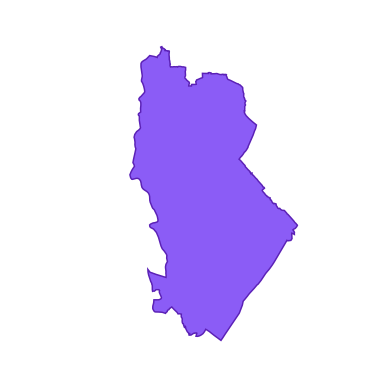 Valeni, Neamt, Romania (Albers equal-area conic projection), rotated 229°
{"feature_id": "2599482B70512380232271", "entity_name": "Valeni", "entity_type": "district", "adm_level": 2, "iso_a3": "ROU", "parent_name": "Romania", "parent_adm1": "Neamt", "projection": "albers", "projection_center": [26.711, 47.039], "detail": "fine", "context": "isolated", "style": "filled", "palette": "violet", "viewbox_px": 384, "rotation_deg": 229, "n_neighbors": 0, "source": "geoboundaries", "source_scale": "gbopen_adm2", "svg_char_len": 5978}
<svg xmlns="http://www.w3.org/2000/svg" viewBox="0 0 384 384"><g transform="rotate(229 192 192)"><path d="M200.3,284.6L205.5,283.7L210.2,283.1L214.1,282.9L217.0,283.4L217.8,283.8L217.9,284.2L218.8,284.5L218.5,284.9L218.6,285.2L219.5,285.7L220.6,286.8L221.8,287.7L222.0,288.0L222.6,289.5L223.6,289.7L224.8,290.8L225.3,292.3L225.8,292.5L226.4,292.3L227.0,292.3L227.7,292.9L228.1,292.9L228.8,293.3L229.8,293.4L231.5,294.8L232.0,295.5L233.4,296.0L235.9,297.4L237.3,298.6L237.9,298.8L241.3,298.5L242.3,297.9L243.1,297.9L244.6,296.9L251.1,294.2L253.4,293.0L254.4,293.1L255.7,293.7L257.5,294.3L257.8,294.4L258.0,294.9L258.6,294.7L258.8,294.0L259.4,293.6L259.2,293.5L259.4,293.0L260.8,292.3L261.1,291.9L261.1,291.5L262.0,290.5L262.7,289.9L265.1,288.5L266.5,286.6L268.7,283.9L269.0,284.0L269.2,284.5L269.4,284.5L270.8,283.4L271.3,282.6L271.3,282.2L270.8,282.0L274.7,277.7L271.5,275.1L271.5,274.6L272.1,273.4L273.0,270.5L273.5,269.2L273.5,268.9L273.1,268.3L272.9,267.3L270.5,265.9L270.7,265.5L272.2,263.7L273.3,262.5L273.4,262.2L272.4,261.2L274.2,259.1L274.9,259.8L275.7,261.4L276.9,261.9L279.7,261.4L281.1,261.5L282.4,261.4L283.0,261.6L283.7,262.4L283.9,263.2L284.5,263.8L287.4,266.0L288.2,267.2L290.2,268.9L292.0,267.7L292.4,267.1L294.6,265.4L295.6,264.2L295.7,263.2L296.4,263.0L297.0,262.0L298.4,260.6L299.3,259.2L300.2,258.4L300.3,257.9L300.6,257.8L301.9,258.4L302.5,258.8L302.6,259.4L303.1,259.7L303.4,259.7L305.4,261.1L307.0,261.9L308.1,262.9L310.8,264.8L313.0,267.1L313.7,267.2L314.2,266.1L314.7,266.1L316.5,264.4L317.0,265.2L317.5,265.0L318.2,265.0L319.4,264.6L320.0,264.2L321.5,264.6L321.9,263.6L321.9,263.4L319.5,262.7L319.4,262.5L319.4,262.3L319.2,262.1L318.3,260.7L317.8,259.3L317.2,258.8L317.1,254.8L316.4,254.0L318.8,252.6L322.7,249.6L322.3,244.9L323.0,240.8L323.0,239.1L322.4,237.8L321.2,236.7L319.8,235.5L312.6,230.9L311.8,230.2L309.6,227.3L308.8,226.6L306.4,226.1L303.6,225.0L300.9,223.6L298.9,222.3L298.3,221.4L297.6,216.2L297.7,214.9L297.4,213.6L297.2,213.1L296.2,212.4L295.6,212.6L294.2,212.5L293.0,212.0L291.2,210.5L288.8,208.0L286.0,205.7L286.2,203.1L285.8,202.4L285.1,202.0L284.3,202.1L283.3,201.6L280.7,199.3L274.2,195.2L273.9,194.4L273.7,192.7L273.9,189.9L273.0,186.6L271.3,184.2L269.8,183.5L267.0,181.7L265.2,180.0L263.4,178.8L261.5,178.0L259.2,175.0L255.0,169.3L252.9,166.7L250.7,166.2L249.9,165.8L249.0,165.2L248.9,164.4L248.1,161.6L247.1,159.1L245.7,156.4L243.9,155.5L242.9,155.0L241.2,154.9L240.6,155.4L239.0,158.6L238.4,159.5L237.1,160.5L235.8,160.6L234.3,160.5L232.2,159.5L230.6,158.4L228.4,157.3L226.8,157.1L225.3,157.3L221.7,158.3L219.8,158.4L217.9,157.9L216.3,157.0L213.4,154.7L211.8,153.8L206.7,152.0L205.5,151.7L203.4,151.9L197.2,150.2L195.4,149.3L193.2,148.0L192.3,147.0L192.3,145.8L193.3,143.7L194.2,142.3L195.0,139.6L194.9,138.4L193.5,137.5L192.5,137.4L189.2,138.7L184.8,138.6L179.8,137.0L171.6,133.2L169.8,132.6L168.5,132.3L165.6,132.3L162.0,131.9L160.6,131.4L158.7,129.5L155.6,127.8L154.5,124.9L153.1,123.1L152.2,122.3L149.2,120.3L147.6,118.8L146.1,117.8L144.6,116.3L153.9,110.5L154.4,110.3L156.1,109.3L157.1,108.8L158.5,107.9L159.3,107.7L162.5,107.9L160.3,106.2L157.8,104.8L151.6,102.2L149.6,101.7L148.6,101.1L147.5,100.7L144.2,97.9L142.9,97.1L142.7,97.6L141.9,98.5L141.8,99.8L141.9,100.8L140.0,102.9L139.0,102.9L138.7,102.4L137.5,101.4L133.4,100.1L132.3,99.6L132.0,99.2L131.8,98.6L131.9,97.8L132.2,96.8L132.7,95.9L135.6,92.5L134.3,91.2L133.3,90.1L131.6,87.6L130.0,86.1L129.3,85.7L126.9,85.2L126.2,85.3L125.6,85.6L123.2,88.2L121.2,90.2L120.3,90.9L117.8,92.4L118.1,92.9L118.0,93.2L118.0,94.8L118.7,95.8L118.7,96.2L118.4,97.4L118.4,97.6L118.7,98.1L118.7,99.4L118.5,101.3L115.4,101.4L110.9,101.8L109.1,101.5L108.4,102.6L106.8,103.8L105.5,102.5L104.7,101.9L103.7,101.8L102.6,101.4L101.2,100.0L100.1,99.2L98.9,98.7L98.2,99.0L96.9,98.3L94.9,97.5L94.6,97.5L94.4,97.8L95.2,98.1L95.4,98.4L95.3,98.7L95.0,98.8L94.5,98.7L93.5,97.9L92.4,97.5L89.7,96.8L88.0,96.9L87.1,96.5L86.9,97.2L86.7,97.4L86.4,97.2L86.3,96.9L86.4,96.6L85.8,96.0L84.7,97.4L84.3,100.4L84.0,100.9L84.0,101.2L83.6,101.5L83.1,102.4L82.5,103.0L81.9,102.7L81.7,102.1L80.5,100.4L79.5,101.4L78.7,102.9L78.2,104.5L78.0,106.0L77.9,107.4L78.4,109.8L79.4,112.3L75.5,113.5L69.1,114.7L61.0,116.5L61.9,120.0L63.0,123.8L69.5,148.1L69.8,148.7L73.6,155.8L75.9,158.8L76.1,159.4L76.3,161.1L77.1,165.7L77.5,167.4L77.8,169.3L78.5,175.7L79.2,180.0L79.1,181.5L79.3,182.5L80.0,186.1L82.2,194.1L82.6,196.5L83.2,200.3L84.3,204.9L85.3,208.3L93.2,231.9L92.8,231.9L92.1,232.5L92.0,232.9L91.4,233.6L90.6,234.9L91.2,236.9L95.1,239.9L95.4,240.4L94.6,240.6L94.3,241.1L93.9,241.1L93.5,241.4L93.0,241.3L92.8,241.4L93.9,242.3L94.4,242.9L96.3,243.3L97.2,243.3L97.2,244.4L96.8,246.0L97.1,248.1L97.7,249.7L98.0,249.8L98.6,249.7L100.0,249.8L101.6,249.6L103.2,249.8L106.3,249.8L112.1,249.7L113.3,249.4L113.6,249.6L117.2,249.6L117.6,249.5L119.1,248.0L120.5,247.5L122.1,247.5L122.6,246.6L123.6,246.2L125.2,246.6L126.4,246.7L127.9,247.6L128.6,247.2L128.7,246.9L129.3,246.7L129.7,246.4L129.6,246.0L129.8,245.9L131.2,245.7L133.7,246.4L134.7,246.1L134.9,246.4L135.9,246.6L136.2,246.9L136.3,246.6L137.6,246.5L139.3,245.7L139.8,246.0L140.3,245.8L142.0,245.6L143.4,245.9L144.5,245.7L146.4,245.8L147.2,246.1L147.4,246.7L147.3,249.2L147.8,249.4L148.8,249.3L149.0,249.0L149.5,248.9L149.9,248.9L150.6,249.3L156.8,249.2L159.0,249.4L160.5,249.2L164.3,249.2L164.6,249.2L165.1,248.9L166.2,249.0L166.4,249.2L166.7,249.7L166.9,249.8L167.0,249.5L166.9,249.3L167.1,248.9L167.1,248.4L167.4,248.4L167.7,248.6L167.6,248.9L167.9,249.0L168.5,249.0L168.7,248.8L169.1,249.1L169.4,249.0L169.9,249.1L170.0,249.0L170.5,249.1L172.2,248.9L174.3,248.9L176.1,248.8L177.2,249.4L179.1,249.3L184.0,249.3L185.8,249.0L186.0,249.4L186.4,251.4L186.4,251.8L186.5,252.3L186.5,253.3L186.7,253.5L186.7,253.9L186.7,254.0L186.9,255.1L187.7,257.8L187.6,258.1L187.7,259.1L188.0,260.6L188.4,261.8L188.6,262.6L188.8,262.9L188.9,263.4L189.0,263.6L189.5,264.1L194.8,275.3L197.3,279.7L197.6,280.6L198.2,281.7L200.3,284.6Z" fill="#8b5cf6" stroke="#5b21b6" stroke-width="1.5"/></g></svg>